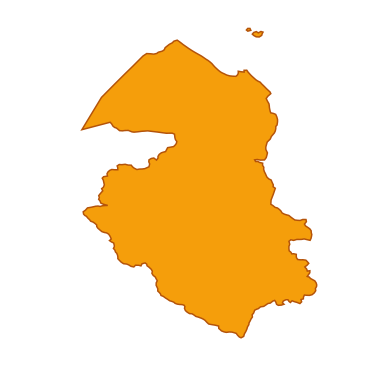 outline of Macaé, Rio de Janeiro, Brazil, rotated 260°
{"feature_id": "56859067B80859432547876", "entity_name": "Macaé", "entity_type": "district", "adm_level": 2, "iso_a3": "BRA", "parent_name": "Brazil", "parent_adm1": "Rio de Janeiro", "projection": "equal_earth", "projection_center": [-41.985, -22.283], "detail": "fine", "context": "isolated", "style": "filled", "palette": "amber", "viewbox_px": 384, "rotation_deg": 260, "n_neighbors": 0, "source": "geoboundaries", "source_scale": "gbopen_adm2", "svg_char_len": 5464}
<svg xmlns="http://www.w3.org/2000/svg" viewBox="0 0 384 384"><g transform="rotate(260 192 192)"><path d="M300.9,119.3L272.5,94.4L274.9,123.5L273.0,124.7L270.6,125.6L269.0,127.0L268.1,128.7L266.6,130.0L265.0,131.3L264.3,134.2L264.2,136.6L263.7,140.0L261.6,143.4L261.0,145.4L260.7,149.1L260.5,153.3L260.2,155.9L259.9,159.0L258.4,163.9L257.5,166.9L256.9,168.9L255.4,173.5L254.3,177.0L253.9,179.7L253.4,182.7L252.0,184.8L250.3,184.7L248.4,184.6L246.4,184.8L244.4,185.8L242.5,185.0L241.0,183.4L239.9,181.7L239.9,178.3L239.9,175.7L238.1,174.3L236.4,173.0L236.2,170.5L235.9,168.5L234.7,166.2L233.0,164.7L231.3,164.4L229.6,162.6L232.1,160.3L232.1,157.7L231.1,155.2L229.2,154.7L227.0,155.2L224.3,154.0L223.2,149.6L223.3,147.0L223.7,144.2L223.7,141.6L225.5,139.2L227.1,137.8L229.0,136.8L229.6,133.8L230.9,131.0L231.1,127.6L231.7,125.1L230.7,122.8L228.8,123.1L226.8,122.8L227.3,119.8L228.1,116.9L227.6,114.8L226.5,112.9L224.8,111.5L222.4,111.5L222.4,107.6L221.2,106.0L219.1,106.7L216.8,106.8L214.2,106.9L212.0,105.5L211.0,103.6L208.6,104.3L207.3,102.6L205.9,100.9L204.6,99.5L202.7,99.8L201.0,98.8L199.3,99.8L196.9,100.3L195.3,102.7L193.4,106.7L193.8,103.6L194.0,101.4L193.7,99.1L194.5,97.0L194.7,94.6L194.5,90.4L194.5,86.3L192.6,83.9L191.4,81.4L189.0,81.4L187.5,82.4L186.4,83.8L184.4,84.9L182.4,86.4L180.9,87.1L179.5,89.4L177.9,91.0L176.1,92.4L174.5,92.2L172.7,93.0L170.6,94.7L168.6,96.4L167.3,98.8L166.6,100.7L165.0,102.6L162.4,103.7L159.7,104.3L158.5,102.3L156.9,103.9L155.4,106.0L153.0,106.2L151.4,105.9L150.1,104.8L148.1,106.0L146.3,106.2L144.8,107.2L142.7,107.7L140.8,107.7L139.2,107.4L137.2,108.7L135.3,110.0L133.3,112.1L132.4,115.1L131.3,116.9L129.4,119.0L128.3,121.7L129.7,123.6L129.1,126.8L128.1,128.9L130.0,130.3L130.3,133.5L128.8,134.9L127.2,134.9L125.4,136.6L123.0,138.4L120.9,139.2L118.8,138.4L116.6,139.3L114.6,141.1L112.8,141.6L110.6,142.4L108.8,141.0L106.3,140.5L104.5,141.0L102.7,141.5L100.4,141.1L98.9,142.2L97.3,143.2L95.5,143.5L94.2,145.6L92.3,147.4L90.7,149.2L88.8,151.1L87.8,153.1L86.7,154.9L85.3,156.0L84.2,157.9L83.4,160.2L82.8,162.8L81.8,164.6L80.3,165.1L78.8,164.4L76.4,164.9L74.6,166.3L72.7,168.4L72.0,171.0L70.2,172.9L68.8,174.2L67.7,176.5L66.0,179.4L64.6,181.3L63.3,182.6L61.1,184.0L59.1,185.5L58.4,187.3L57.7,189.2L56.9,191.5L55.4,194.9L52.9,194.7L51.6,195.8L50.1,196.9L48.7,199.2L47.8,201.4L47.7,204.3L47.1,207.0L46.1,209.1L45.1,211.0L42.9,212.1L41.0,213.4L39.9,215.0L40.8,217.8L43.2,219.0L45.3,220.8L47.4,222.2L49.6,223.3L51.4,224.9L53.3,225.5L54.7,226.7L56.7,228.1L58.4,229.8L60.6,229.9L62.1,231.7L64.7,233.2L65.3,235.1L65.6,237.1L67.0,239.5L66.9,242.8L67.9,245.1L69.0,247.4L69.0,249.8L70.5,252.6L70.9,254.6L69.1,255.4L66.7,255.8L65.4,257.3L65.1,260.4L65.5,263.1L67.1,261.8L68.8,263.0L69.6,265.8L69.2,267.8L67.4,268.5L66.1,269.7L67.5,271.7L66.4,273.4L65.1,276.1L63.4,278.9L64.8,280.9L67.2,280.7L67.4,283.1L69.1,283.5L71.0,284.8L70.4,286.9L69.8,289.7L70.0,292.4L71.4,294.9L73.3,296.7L75.6,296.8L77.2,298.2L78.8,298.7L80.9,298.5L83.2,297.5L84.8,295.5L86.3,293.6L87.8,292.8L88.8,290.8L90.6,292.6L92.0,294.0L94.0,294.4L94.1,291.8L96.1,291.6L98.6,290.1L99.9,292.6L101.5,294.6L103.5,293.4L105.1,292.3L106.0,289.5L106.4,286.9L107.2,284.3L109.1,283.5L110.6,283.5L112.5,283.9L113.5,281.5L113.8,279.5L115.4,279.0L117.2,277.5L119.3,277.6L121.6,278.0L123.6,279.2L126.6,278.9L127.8,281.0L126.7,283.6L127.1,287.0L126.6,289.6L126.3,291.8L126.3,294.3L125.2,296.8L123.9,299.9L125.7,301.2L127.9,302.1L129.4,302.6L130.9,302.4L133.2,302.6L135.3,301.6L137.0,299.9L138.9,297.9L140.9,297.2L142.9,299.5L145.1,299.5L145.7,296.3L145.2,293.5L145.8,291.0L146.6,288.4L148.3,286.7L150.0,285.1L152.1,283.3L153.2,280.9L154.1,279.2L155.7,277.1L158.2,276.1L160.0,274.7L161.4,273.4L162.5,271.1L164.4,269.5L166.3,267.5L170.4,268.5L175.7,271.7L181.2,274.7L183.1,272.8L184.9,273.3L187.1,272.7L190.1,272.0L191.4,270.1L193.4,268.5L195.0,268.0L197.2,267.5L199.5,266.8L201.9,266.5L203.9,267.0L206.1,266.1L208.1,266.6L209.4,263.6L210.6,262.2L211.0,259.9L212.8,259.3L212.7,261.9L211.5,265.1L211.0,269.0L213.0,271.1L214.9,272.0L217.4,273.1L221.1,272.1L223.5,272.5L225.6,273.5L228.1,274.7L230.6,278.3L232.9,279.8L235.9,283.4L237.6,284.6L239.8,285.5L242.0,285.9L243.2,287.4L246.2,288.4L248.3,288.8L250.0,288.7L251.5,288.5L253.9,287.9L255.2,285.9L256.3,283.3L257.9,283.0L260.2,282.9L261.7,282.9L263.8,283.1L265.5,283.1L268.6,282.0L271.2,281.3L273.2,283.4L275.2,286.7L277.0,286.2L278.4,285.1L280.8,283.3L283.3,281.6L285.1,280.3L286.6,279.2L288.2,278.3L289.9,276.0L291.4,274.4L292.7,273.4L294.1,272.3L295.5,271.2L296.9,270.2L298.3,269.3L300.4,268.0L302.4,267.1L302.8,264.4L301.1,264.2L301.8,261.5L302.9,258.5L300.9,258.2L299.4,257.1L298.3,255.4L298.9,252.5L299.8,249.3L301.2,246.4L302.7,244.4L303.9,242.6L305.2,241.0L307.2,239.2L309.3,237.6L311.3,236.1L313.1,235.0L315.1,233.8L317.2,232.1L319.0,230.4L320.1,229.1L321.5,227.7L323.2,226.0L324.6,224.5L326.3,222.4L328.1,220.2L329.7,218.3L331.0,216.8L332.4,215.3L334.1,213.5L335.4,212.2L337.1,210.5L338.9,208.7L340.4,207.4L342.1,205.8L344.1,203.8L343.7,200.4L342.3,198.4L341.4,195.4L339.9,192.6L338.8,190.6L336.9,189.4L335.9,187.3L335.7,185.2L335.5,183.1L334.6,181.4L334.4,178.3L335.3,175.3L336.2,171.4L334.4,167.3L326.4,155.9L320.0,146.5L312.0,135.0L300.9,119.3ZM338.1,287.8L337.2,284.9L338.8,283.2L338.4,280.5L337.0,278.8L335.4,280.0L333.7,282.1L333.0,285.1L334.1,287.8L335.7,288.6L337.1,289.7L338.1,287.8ZM343.0,277.5L343.4,275.3L342.1,273.7L340.7,274.9L341.0,278.0L343.0,277.5Z" fill="#f59e0b" stroke="#b45309" stroke-width="1.5"/></g></svg>